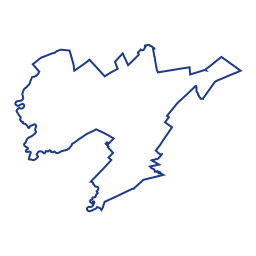 Dumbrava, Prahova, Romania (Mercator projection)
{"feature_id": "2599482B20295036954451", "entity_name": "Dumbrava", "entity_type": "district", "adm_level": 2, "iso_a3": "ROU", "parent_name": "Romania", "parent_adm1": "Prahova", "projection": "mercator", "projection_center": [26.217, 44.861], "detail": "fine", "context": "isolated", "style": "outline", "palette": "blue", "viewbox_px": 256, "rotation_deg": 0, "n_neighbors": 0, "source": "geoboundaries", "source_scale": "gbopen_adm2", "svg_char_len": 5599}
<svg xmlns="http://www.w3.org/2000/svg" viewBox="0 0 256 256"><path d="M101.5,210.0L102.8,207.4L103.6,204.9L104.7,201.8L105.8,201.3L115.6,196.8L132.5,188.7L133.4,188.9L143.4,179.8L163.1,175.0L162.9,174.9L162.7,174.6L161.9,174.2L161.3,173.5L160.2,173.4L160.1,173.0L160.1,172.5L160.0,172.2L159.4,172.2L159.1,172.0L158.9,172.8L158.7,173.0L158.5,172.5L158.5,172.4L158.1,172.6L157.9,172.5L157.8,171.7L157.5,171.5L157.6,171.3L157.5,171.2L157.4,171.2L157.1,171.5L156.8,171.7L156.6,171.4L155.9,171.3L155.0,171.7L154.6,170.8L154.5,170.0L154.3,169.7L153.6,169.0L153.2,168.9L152.7,168.7L152.1,168.5L151.1,167.8L150.8,167.6L150.6,166.9L150.1,166.5L159.0,164.6L151.6,160.3L151.9,160.1L152.9,160.0L157.9,158.8L161.6,154.8L161.8,154.3L160.5,154.5L158.2,153.0L157.2,151.8L155.8,150.6L160.3,144.7L163.1,140.3L169.7,130.7L172.0,127.3L165.0,122.3L166.1,120.8L168.9,117.3L167.0,115.9L174.4,106.8L177.0,103.5L178.1,102.4L187.4,93.9L192.0,89.4L193.1,88.4L195.7,85.9L196.2,86.0L196.4,86.3L196.3,87.1L196.5,87.5L196.3,88.3L196.6,89.0L196.4,90.2L196.6,91.4L197.9,93.4L198.0,94.8L198.1,95.0L198.7,95.3L198.8,95.5L198.9,95.9L199.3,96.8L200.1,97.7L200.5,98.6L200.7,98.8L201.0,98.8L201.3,98.7L201.7,98.8L202.0,98.7L202.5,98.6L203.1,98.8L203.2,98.3L214.8,82.0L215.7,81.3L216.7,81.0L217.0,80.6L217.9,80.2L221.0,79.0L229.8,75.2L236.6,72.5L240.6,70.7L221.4,56.9L209.7,66.3L206.7,68.6L205.8,69.2L205.5,69.6L205.5,69.9L205.5,70.1L205.7,70.3L204.9,70.1L204.3,70.1L190.2,74.5L189.6,67.3L182.8,68.3L157.9,72.4L156.8,69.7L155.0,59.9L155.1,59.6L154.6,56.8L154.4,56.5L153.0,48.9L154.4,48.7L154.3,48.4L154.2,48.2L153.9,48.0L153.0,47.7L152.8,47.3L151.5,46.2L150.6,45.9L150.1,45.8L149.9,45.5L149.5,45.2L149.0,44.9L148.7,44.8L147.2,45.0L146.4,45.5L145.5,45.4L144.9,45.6L144.8,45.9L144.9,46.3L145.4,46.6L145.4,47.1L145.1,47.6L144.6,48.1L143.9,49.5L143.4,50.0L142.7,50.2L142.0,50.2L141.1,50.0L140.8,49.6L137.9,52.7L138.8,54.6L135.8,57.7L128.1,65.2L122.7,53.4L115.0,61.8L117.1,67.4L117.7,68.8L112.5,71.6L111.0,72.4L104.7,76.3L89.5,59.7L84.8,63.5L74.3,70.7L73.9,69.1L73.9,67.2L73.8,66.6L73.8,65.6L69.6,50.6L62.2,49.8L60.8,49.7L56.8,51.1L54.7,52.8L53.6,53.1L52.4,53.3L40.9,57.8L32.8,64.2L34.2,65.9L39.1,71.5L38.7,71.8L38.8,72.6L38.6,73.1L37.9,74.2L36.3,75.8L36.2,75.8L36.1,75.6L35.9,75.7L35.8,75.9L34.3,76.7L32.0,77.1L31.3,79.0L30.4,81.0L30.2,81.6L30.1,82.6L29.9,83.1L29.6,83.7L28.7,84.9L27.2,86.3L26.6,87.1L24.6,88.6L23.9,89.4L23.6,90.2L22.8,92.2L22.4,93.6L22.3,94.4L23.1,97.1L23.1,98.2L22.5,99.7L22.0,100.2L21.2,100.6L17.9,101.1L16.8,101.4L16.3,101.7L15.7,102.4L15.5,102.8L15.4,103.6L15.4,104.0L16.0,104.9L16.6,105.4L17.5,105.8L18.3,105.8L18.9,105.6L20.5,104.7L21.9,104.0L22.2,103.9L23.0,104.1L23.5,104.3L24.0,105.0L24.1,105.3L24.2,105.7L24.1,106.5L23.4,107.5L22.7,108.1L22.2,108.4L21.6,108.6L21.3,108.6L20.6,108.5L19.3,107.9L18.7,108.0L17.1,109.8L16.7,110.6L16.6,111.1L16.7,111.4L16.9,111.8L17.9,113.4L18.6,114.6L19.7,116.1L20.6,117.1L20.7,118.0L20.5,118.8L20.4,119.1L20.1,119.4L20.4,120.2L21.4,121.6L21.7,121.8L22.7,121.7L22.9,121.9L22.9,122.2L22.7,122.9L22.8,123.2L22.9,123.3L23.6,123.6L25.0,123.8L26.2,124.6L27.1,125.6L28.1,127.5L28.3,127.7L28.6,127.9L29.2,127.8L29.6,127.3L29.8,126.5L30.2,126.0L31.1,125.7L33.2,124.9L34.2,124.3L34.7,124.3L35.4,124.7L35.7,124.9L35.9,125.4L36.1,126.2L36.1,126.8L35.4,128.2L35.1,129.4L35.1,129.7L35.4,130.5L35.7,131.0L36.0,131.6L36.0,132.0L35.8,132.4L35.0,133.5L34.2,134.1L33.7,134.7L33.1,135.2L30.8,136.6L28.6,137.6L27.7,138.4L27.2,139.1L26.5,140.1L26.1,141.2L25.4,143.0L25.1,143.2L24.7,143.3L24.4,143.6L24.1,144.3L24.1,144.8L24.2,145.1L24.7,146.0L25.1,146.3L27.7,147.8L27.9,148.0L28.0,148.3L28.0,148.6L27.6,149.2L26.3,150.0L25.8,150.7L25.8,151.1L26.1,151.7L26.7,151.9L27.1,152.0L28.2,151.9L29.4,151.6L30.1,151.7L30.5,151.9L30.7,152.2L30.7,153.2L30.0,154.6L28.8,159.0L29.1,159.3L29.7,159.5L31.5,159.5L32.0,159.7L32.7,160.1L33.3,160.2L34.5,159.8L35.6,159.2L37.5,157.4L37.8,157.0L38.0,156.7L37.8,156.1L36.7,154.8L36.6,154.5L36.6,154.3L37.4,153.5L37.6,152.9L38.2,152.0L39.0,151.5L39.7,151.3L40.6,151.3L41.2,151.4L42.2,151.8L43.7,153.2L44.0,153.3L44.3,153.3L44.9,153.0L45.3,152.4L45.8,151.1L46.2,151.0L47.4,151.4L48.1,151.4L48.7,151.1L49.4,150.3L49.7,150.2L50.2,150.5L50.7,150.9L51.2,151.6L51.3,152.0L52.1,152.2L53.2,152.2L54.0,151.6L54.6,151.5L55.9,152.8L56.3,153.1L56.8,153.2L58.3,152.9L61.8,151.1L63.1,150.8L63.8,150.5L65.4,150.3L66.2,149.9L66.9,149.9L68.1,149.1L68.5,148.7L68.9,148.7L69.1,148.5L70.4,146.9L71.5,145.7L71.8,144.9L71.9,144.2L72.1,144.0L76.3,141.2L78.6,139.4L84.2,135.7L85.3,134.9L87.5,133.6L94.7,130.2L96.1,129.3L104.4,133.2L107.8,135.0L113.7,138.5L108.5,143.8L107.1,142.3L105.7,143.7L108.4,146.5L107.8,147.2L113.1,152.8L108.5,157.6L111.3,160.0L105.0,166.9L100.7,171.4L97.8,174.4L97.0,175.3L96.5,175.5L96.4,175.8L95.7,176.7L93.6,178.6L92.1,180.2L90.9,181.7L91.8,181.7L92.4,182.1L93.0,182.7L93.1,183.8L93.4,184.2L94.0,184.6L94.9,186.1L95.0,186.3L95.8,186.6L97.1,186.8L97.7,187.1L98.2,187.7L98.4,188.5L98.0,189.5L97.7,190.5L96.7,191.1L96.7,191.3L97.2,192.7L97.4,193.0L97.6,193.1L97.3,193.4L96.8,194.2L96.3,194.5L96.1,194.8L95.7,195.9L95.6,196.9L95.3,197.1L94.4,197.3L92.6,197.5L92.3,199.3L90.9,199.9L90.5,200.2L90.1,200.7L90.1,201.3L90.4,202.1L91.8,203.3L92.1,203.3L92.3,203.2L92.9,202.0L92.9,201.6L93.1,201.5L93.7,201.4L94.1,201.7L94.2,202.0L94.2,202.3L94.2,202.8L92.8,205.8L92.1,206.4L91.7,206.7L90.5,207.0L88.8,206.8L88.0,207.2L87.5,207.6L87.1,208.3L87.0,208.7L87.0,209.4L87.3,210.1L88.0,210.8L89.0,211.2L89.9,211.1L91.8,210.6L93.5,209.5L94.7,209.2L95.1,209.0L96.3,208.3L97.0,207.2L97.4,207.1L99.0,207.7L100.0,208.3L100.9,209.1L101.5,210.0Z" fill="none" stroke="#1e3a8a" stroke-width="2"/></svg>